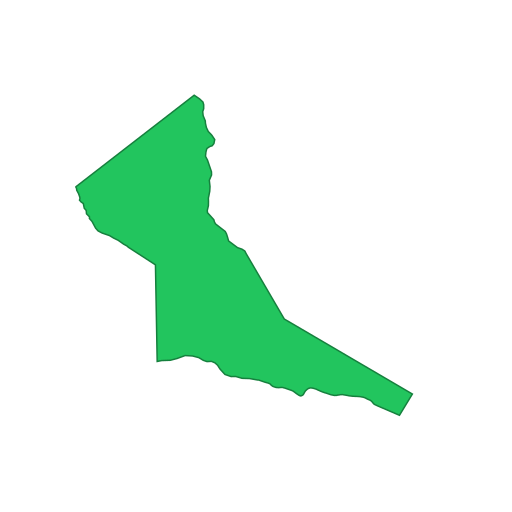 Mongouge, Choiseul, Saint Lucia, rotated 109°
{"feature_id": "8701671B23364700154190", "entity_name": "Mongouge", "entity_type": "district", "adm_level": 2, "iso_a3": "LCA", "parent_name": "Saint Lucia", "parent_adm1": "Choiseul", "projection": "natural_earth1", "projection_center": [-61.043, 13.805], "detail": "fine", "context": "isolated", "style": "filled", "palette": "green", "viewbox_px": 512, "rotation_deg": 109, "n_neighbors": 0, "source": "geoboundaries", "source_scale": "gbopen_adm2", "svg_char_len": 5293}
<svg xmlns="http://www.w3.org/2000/svg" viewBox="0 0 512 512"><g transform="rotate(109 256 256)"><path d="M305.9,209.3L256.8,266.3L255.0,268.1L254.8,268.7L254.1,271.5L254.1,276.2L253.4,278.4L250.7,286.8L247.8,288.8L247.5,289.0L244.7,291.1L242.8,293.1L240.5,299.9L238.8,304.8L238.1,305.5L237.3,306.4L235.4,307.7L230.8,316.0L228.8,316.9L223.9,317.4L219.9,318.7L216.7,319.9L214.2,320.2L212.2,320.5L211.4,320.6L209.9,320.8L205.3,322.1L199.6,324.8L193.9,324.4L193.3,324.6L190.9,325.5L181.1,333.1L178.2,336.2L174.0,337.2L171.4,337.4L170.3,337.4L167.5,335.3L166.8,334.3L166.0,333.3L163.4,332.4L160.4,332.8L159.4,332.9L156.7,336.4L156.0,337.4L153.8,341.7L150.6,344.8L146.8,347.1L144.8,347.9L140.6,351.6L139.6,352.1L136.8,353.4L133.8,353.4L130.0,354.7L127.7,356.3L126.0,360.1L125.8,360.5L125.5,361.6L124.1,366.8L249.1,448.8L249.4,448.8L250.8,447.5L252.1,447.0L254.8,444.1L257.7,441.8L259.1,441.1L260.6,441.1L261.8,439.1L262.6,436.4L266.8,433.9L268.2,431.4L271.3,430.0L273.2,426.2L274.8,425.7L276.7,422.3L281.9,416.7L283.7,413.5L284.4,409.0L284.4,401.1L285.4,396.5L286.0,391.5L287.9,385.0L288.5,381.4L289.3,379.5L297.1,348.2L387.9,315.1L387.5,314.4L385.6,311.2L382.5,303.1L379.1,298.0L378.7,297.3L378.4,297.0L373.2,290.6L371.9,286.0L371.2,283.5L370.7,277.0L371.8,271.9L371.8,268.0L370.6,265.0L370.1,263.8L370.4,260.0L371.8,256.7L373.6,254.5L374.8,252.9L378.1,246.8L378.1,240.3L376.9,237.0L376.5,235.8L376.3,231.7L376.2,229.4L375.0,225.5L374.0,222.3L373.0,215.9L372.7,214.0L372.6,213.8L372.5,213.5L372.4,213.2L372.4,212.8L372.4,212.5L372.4,212.2L372.4,211.7L372.4,211.2L372.4,210.7L372.4,210.3L372.4,209.8L372.4,209.2L372.4,208.7L372.4,208.1L372.4,207.8L372.4,207.3L372.4,207.0L372.4,206.5L372.4,206.1L372.4,205.8L372.3,205.4L372.3,205.1L372.3,204.7L372.3,204.2L372.2,203.8L372.2,203.3L372.2,202.9L372.2,202.5L372.3,202.1L372.3,201.7L372.3,201.4L372.4,201.0L372.6,200.6L372.8,200.2L373.0,199.9L373.2,199.6L373.3,199.1L373.5,198.7L373.6,198.2L373.7,197.9L373.8,197.4L373.8,197.0L373.8,196.7L373.8,196.4L373.8,196.1L373.8,195.7L373.8,195.2L373.8,194.8L373.8,194.5L373.7,194.2L373.7,193.9L373.6,193.6L373.5,193.3L373.4,192.8L373.3,192.4L373.2,192.0L373.1,191.7L372.9,191.4L372.8,191.1L372.7,190.8L372.6,190.5L372.4,190.2L372.3,189.9L372.1,189.5L372.0,189.2L371.9,188.9L371.8,188.5L371.7,188.2L371.6,187.7L371.6,187.4L371.6,187.0L371.6,186.6L371.5,186.2L371.5,185.6L371.5,185.1L371.5,184.6L371.5,184.1L371.5,183.8L371.5,183.2L371.5,182.7L371.5,182.3L371.5,181.9L371.5,181.6L371.5,181.2L371.5,180.9L371.5,180.4L371.5,179.9L371.5,179.5L371.5,179.2L371.5,178.7L371.5,178.3L371.6,177.8L371.6,177.3L371.7,176.8L371.8,176.5L371.9,176.2L372.0,175.9L372.1,175.4L372.2,175.2L372.3,174.8L372.5,174.4L372.6,173.9L372.8,173.5L372.9,173.1L373.0,172.8L373.1,172.4L373.2,172.0L373.3,171.7L373.4,171.2L373.5,170.8L373.6,170.4L373.7,170.1L373.7,169.8L373.8,169.4L373.8,168.9L373.8,168.5L373.7,168.1L373.5,167.9L373.4,167.6L373.2,167.4L373.0,167.2L372.7,166.9L372.4,166.6L372.0,166.4L371.7,166.2L371.4,166.1L371.0,166.1L370.8,166.0L370.4,166.0L370.1,165.9L369.8,165.8L369.4,165.8L369.2,165.7L368.8,165.7L368.4,165.6L368.1,165.5L367.8,165.4L367.4,165.3L367.0,165.1L366.7,164.9L366.4,164.8L366.1,164.6L365.8,164.5L365.5,164.3L365.2,164.1L364.9,163.9L364.6,163.6L364.3,163.4L364.1,163.2L363.8,162.9L363.7,162.6L363.4,162.3L363.2,162.0L363.0,161.7L362.9,161.2L362.7,160.6L362.7,160.3L362.6,159.9L362.5,159.6L362.5,159.3L362.5,158.9L362.4,158.6L362.3,155.4L362.4,155.1L362.4,154.6L362.5,154.1L362.6,153.4L362.6,152.9L362.6,152.5L362.7,152.0L362.7,151.4L362.8,150.9L362.8,150.6L362.8,150.3L362.8,149.9L362.9,149.4L362.9,148.9L362.9,148.5L362.9,148.2L362.9,147.7L362.9,147.3L362.9,146.9L362.9,146.5L362.9,146.0L362.8,145.6L362.8,145.3L362.8,145.0L362.8,144.5L362.8,144.0L362.8,143.5L362.8,143.2L362.8,142.9L362.8,142.4L362.8,142.1L362.8,141.6L362.8,141.2L362.8,140.8L362.8,140.4L362.8,140.0L362.7,139.5L362.7,139.1L362.6,138.6L362.5,138.2L362.5,137.9L362.5,137.5L362.4,137.2L362.4,136.9L362.3,136.4L362.2,136.1L362.0,135.8L361.9,135.3L361.7,134.9L361.6,134.5L361.4,134.1L361.1,133.8L360.9,133.5L360.7,133.2L360.6,132.7L360.4,132.4L360.2,132.1L360.0,131.6L359.8,131.4L359.6,131.0L359.5,130.7L359.4,130.3L359.2,130.0L359.1,129.7L358.9,129.2L358.8,128.8L358.8,128.5L358.7,128.1L358.7,127.7L358.6,127.3L358.5,126.9L358.5,126.6L358.4,126.1L358.3,125.7L358.3,125.2L358.2,124.9L358.1,124.4L358.1,124.1L358.0,123.7L358.0,123.3L357.9,122.8L357.9,122.4L357.8,122.1L357.7,121.7L357.6,121.2L357.5,120.7L357.4,120.2L357.3,119.8L357.2,119.4L357.1,119.0L357.1,118.7L356.9,118.3L356.8,117.9L356.7,117.4L356.6,117.2L356.5,116.8L356.4,116.4L356.2,115.9L356.1,115.5L355.9,115.0L355.8,114.5L355.7,114.1L355.6,113.7L355.5,113.4L355.4,113.0L355.3,112.7L355.2,112.4L355.2,112.1L355.1,111.7L355.0,111.3L354.9,110.9L354.9,110.4L354.8,110.0L354.8,109.6L354.7,109.3L354.6,108.8L354.6,108.5L354.6,108.1L354.6,107.7L354.6,107.4L354.6,107.0L354.6,106.5L354.6,106.1L354.8,105.7L354.8,105.2L354.9,104.9L354.9,104.5L355.0,104.2L355.0,103.7L355.1,103.1L355.1,102.5L355.1,102.1L355.2,101.5L355.2,101.0L355.3,100.5L355.5,100.2L355.6,99.8L355.7,99.4L355.9,99.1L356.0,98.9L356.2,98.5L356.5,98.2L356.7,97.9L356.9,97.5L357.1,97.0L357.3,96.7L357.7,96.0L358.2,91.5L359.9,68.5L335.6,63.2L306.4,208.7L305.9,209.3Z" fill="#22c55e" stroke="#15803d" stroke-width="1.5"/></g></svg>